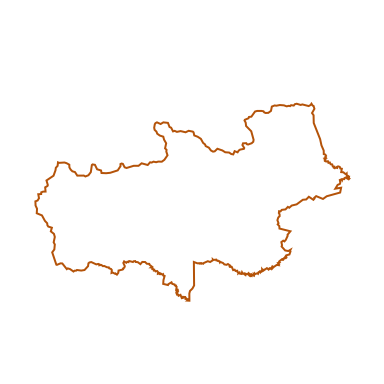 outline of Khao Chamao, Rayong, Thailand, rotated 280°
{"feature_id": "78962969B50425492619761", "entity_name": "Khao Chamao", "entity_type": "district", "adm_level": 2, "iso_a3": "THA", "parent_name": "Thailand", "parent_adm1": "Rayong", "projection": "orthographic", "projection_center": [101.654, 12.997], "detail": "fine", "context": "isolated", "style": "outline", "palette": "amber", "viewbox_px": 384, "rotation_deg": 280, "n_neighbors": 0, "source": "geoboundaries", "source_scale": "gbopen_adm2", "svg_char_len": 6040}
<svg xmlns="http://www.w3.org/2000/svg" viewBox="0 0 384 384"><g transform="rotate(280 192 192)"><path d="M93.1,89.1L94.1,90.0L94.4,91.5L95.2,92.2L95.4,96.6L96.5,99.7L100.9,102.5L103.8,102.4L104.8,103.2L105.5,105.0L104.1,110.3L104.9,112.2L104.6,113.5L103.8,113.5L104.4,115.4L103.5,117.2L103.9,118.4L103.1,121.4L103.3,123.2L102.5,123.6L102.1,125.7L101.2,126.6L98.3,126.8L98.9,127.8L98.1,130.5L98.5,130.8L97.6,132.4L99.5,133.4L101.9,133.3L103.6,137.2L104.0,137.6L104.7,137.4L105.8,138.5L107.3,138.7L110.2,136.7L111.9,137.2L110.9,139.6L112.0,140.3L111.9,141.6L112.8,141.7L113.1,142.4L112.8,146.0L113.6,146.5L114.1,148.1L113.3,148.7L113.5,150.8L112.0,153.7L114.5,155.2L114.9,158.0L113.5,160.0L113.8,162.4L112.9,162.9L111.4,165.7L110.6,164.9L110.7,166.0L109.9,166.6L109.9,166.1L109.1,166.3L109.0,168.2L108.0,168.2L108.1,169.4L108.5,169.3L107.5,170.0L108.1,171.4L107.0,172.7L106.1,172.6L106.3,173.2L105.8,173.1L106.5,174.4L106.2,175.6L105.6,175.3L105.8,177.1L105.1,177.9L105.5,178.1L104.6,178.5L104.5,179.6L100.4,179.2L96.5,179.6L96.2,184.5L97.1,184.7L99.5,187.5L98.1,188.5L97.9,190.9L97.2,191.2L97.1,192.3L96.6,192.2L96.0,193.3L94.1,193.4L93.7,194.0L93.5,193.4L92.9,193.4L93.1,194.5L92.0,194.3L92.6,195.0L92.0,195.5L90.2,194.9L89.7,194.4L90.1,194.0L88.3,195.1L88.6,196.1L87.5,196.8L88.7,198.5L85.7,200.4L86.2,201.5L87.2,201.4L87.4,203.5L85.6,204.0L85.5,204.7L86.1,205.0L85.5,205.9L85.8,206.8L84.9,207.2L84.3,206.6L84.5,208.3L91.6,207.0L94.2,207.2L97.0,209.2L100.3,210.3L123.4,206.0L122.7,209.7L123.4,212.6L122.9,212.5L123.1,213.5L122.6,213.3L123.5,214.3L123.3,215.5L124.1,215.9L126.6,219.6L126.2,222.0L128.4,224.4L129.2,224.2L128.8,224.8L129.6,227.6L128.9,227.9L129.1,228.8L129.7,228.8L128.6,229.3L128.6,231.0L127.5,231.7L128.1,232.0L127.4,235.0L126.3,236.4L126.3,238.7L127.3,239.9L126.9,240.7L126.3,242.1L125.5,242.0L125.4,243.0L124.9,242.8L125.0,244.3L122.2,246.1L122.9,247.5L121.8,248.6L122.3,250.2L121.1,250.7L120.8,251.8L120.0,251.8L121.0,252.8L119.9,253.4L119.9,255.0L121.6,255.2L120.4,256.2L120.9,257.5L120.2,257.6L119.5,259.1L120.8,259.2L120.6,260.7L121.8,261.7L120.4,262.4L121.0,263.7L119.5,263.4L119.2,264.0L119.6,264.8L120.3,264.5L119.8,265.4L120.9,265.6L120.4,267.3L121.8,267.0L121.4,267.7L122.6,267.8L122.1,268.4L123.3,270.4L122.9,271.2L124.6,271.5L125.3,272.4L124.9,272.9L125.6,272.9L125.4,273.7L127.0,274.3L125.7,274.4L126.1,274.9L128.1,274.5L127.4,275.3L128.0,276.4L127.5,276.5L130.0,279.0L128.9,280.9L130.4,281.6L130.5,282.1L129.8,282.1L130.1,283.1L130.9,283.4L130.1,284.0L131.2,284.7L131.9,284.4L131.0,283.7L132.7,284.1L132.2,285.4L134.9,288.1L135.0,290.0L135.6,289.5L136.0,290.1L137.0,289.0L137.8,290.4L138.2,289.8L138.9,290.0L141.0,291.9L140.9,293.4L141.3,293.7L141.9,293.2L142.2,294.0L142.9,294.2L143.1,295.8L143.9,296.4L144.7,296.0L144.6,295.2L146.0,295.8L147.4,298.8L150.5,299.3L151.1,298.7L152.2,299.0L150.6,297.1L150.6,293.9L153.9,289.7L155.3,289.9L158.2,288.7L159.9,290.3L159.4,291.6L161.2,292.7L165.4,293.8L166.5,293.5L170.4,295.7L171.2,284.5L173.6,283.9L175.0,282.0L176.3,282.6L179.1,281.0L181.9,281.4L183.4,282.5L185.3,282.1L186.3,281.2L188.2,281.1L188.2,282.5L190.0,283.5L191.1,287.1L194.0,289.0L193.4,290.5L196.0,292.6L198.0,297.2L203.6,302.5L204.5,305.8L207.6,307.9L205.4,312.9L206.9,313.8L207.5,313.4L209.5,315.0L207.9,322.2L211.2,325.4L217.2,338.0L222.1,338.1L220.2,332.6L224.3,334.2L225.6,336.2L227.1,336.4L229.5,335.5L230.3,336.8L229.5,337.7L230.8,337.8L231.1,339.7L232.1,339.7L232.9,340.7L231.7,344.1L232.5,344.6L232.7,344.0L234.2,344.0L233.6,341.9L235.0,342.6L235.3,341.5L237.0,341.1L236.4,340.7L236.4,340.0L237.7,337.6L237.5,335.5L240.9,335.5L240.9,334.0L242.4,333.1L242.6,331.4L242.0,330.5L240.9,330.7L241.0,329.1L240.2,328.5L240.5,327.5L241.7,327.5L241.6,326.2L243.5,325.3L243.4,323.7L245.0,322.6L244.4,321.3L245.9,320.5L245.3,318.8L245.6,317.6L246.4,317.7L246.7,317.1L247.5,317.6L248.1,316.7L248.8,318.1L249.7,317.2L250.8,317.8L252.0,316.8L252.2,315.2L255.7,314.5L260.4,311.4L266.3,309.0L281.1,299.9L288.7,298.4L290.6,296.5L295.2,298.1L297.8,296.8L298.0,295.9L299.7,294.3L298.4,293.8L296.9,292.0L297.4,285.5L296.6,283.9L297.1,279.8L296.3,278.0L294.8,277.2L294.7,274.5L293.6,273.7L293.7,272.5L292.8,270.3L293.3,267.5L292.9,263.4L291.6,260.0L291.6,258.4L290.0,255.8L285.6,255.7L283.2,253.4L282.6,250.7L283.0,249.2L283.9,248.4L283.9,246.2L283.1,242.0L282.2,240.1L276.5,237.4L275.8,235.1L274.4,234.8L272.3,231.5L271.5,231.3L269.7,232.8L266.4,233.8L262.1,239.8L254.1,243.6L252.1,243.6L250.4,242.3L248.5,239.0L248.6,237.8L249.5,237.0L248.8,233.8L247.0,233.5L244.4,235.8L243.5,235.6L242.1,232.0L240.9,230.8L239.0,230.0L239.6,226.9L236.2,226.1L236.2,224.1L237.3,221.7L236.9,217.8L238.2,214.7L239.0,209.5L236.0,207.3L235.4,205.7L236.2,203.4L238.6,200.9L239.6,197.5L241.1,196.6L242.3,194.4L245.9,191.5L247.4,188.0L248.1,184.4L251.0,183.2L251.6,182.3L251.7,178.1L249.7,175.3L250.0,170.2L248.6,166.7L249.2,164.3L248.4,162.8L251.7,160.3L252.1,158.6L255.9,156.3L255.6,151.7L253.5,149.3L254.5,145.4L253.5,144.1L252.3,143.6L248.7,143.6L246.7,144.4L245.3,146.5L243.4,147.6L242.0,150.5L241.5,154.1L238.7,155.4L235.5,158.1L230.3,157.9L229.1,159.6L227.3,159.7L223.9,161.5L218.9,159.2L216.6,157.0L216.1,153.5L215.1,151.5L215.2,148.8L214.0,147.2L214.0,145.6L210.9,143.7L211.5,137.4L208.5,134.8L207.7,130.1L204.3,123.4L204.6,121.4L207.7,119.0L207.8,117.7L207.1,116.7L205.0,117.1L200.4,115.1L196.7,108.1L195.6,104.2L195.0,99.6L197.4,98.7L197.9,94.6L201.9,91.7L201.9,89.3L201.2,88.7L194.0,88.9L190.5,87.1L188.8,84.3L189.4,82.6L188.2,76.2L191.3,73.3L191.6,70.6L193.0,68.6L194.9,67.0L197.6,66.4L198.6,63.5L198.9,61.3L197.6,56.0L197.9,54.9L194.4,55.1L192.2,53.7L189.7,53.8L184.0,52.8L178.1,46.7L173.8,48.8L172.8,48.6L171.1,46.6L167.0,47.7L166.5,45.3L165.5,43.6L163.8,43.8L163.1,41.0L159.3,42.4L156.8,41.4L155.6,39.4L151.5,40.3L148.6,42.3L144.1,42.8L142.9,48.3L138.0,52.2L136.1,54.8L134.1,55.4L133.0,56.5L132.5,60.2L128.7,59.8L126.8,63.3L123.9,64.7L118.4,64.5L116.5,66.0L111.5,66.4L108.3,64.8L96.9,71.0L96.8,71.6L98.9,74.9L99.1,76.7L94.3,82.1L95.2,82.9L94.9,85.3L93.1,89.1Z" fill="none" stroke="#b45309" stroke-width="2"/></g></svg>